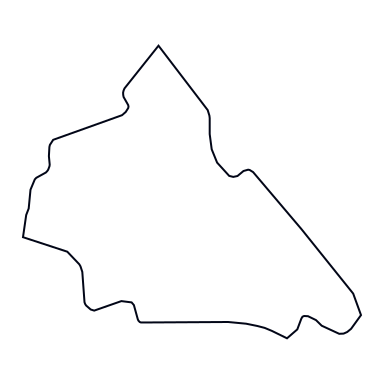 map outline of Brent (orthographic projection)
{"feature_id": "GBR-2062", "entity_name": "Brent", "entity_type": "London Borough", "adm_level": 1, "iso_a3": "GBR", "parent_name": "United Kingdom", "parent_adm1": "", "projection": "orthographic", "projection_center": [-0.26, 51.562], "detail": "fine", "context": "isolated", "style": "outline", "palette": "ink", "viewbox_px": 384, "rotation_deg": 0, "n_neighbors": 0, "source": "natural_earth", "source_scale": "10m", "svg_char_len": 1009}
<svg xmlns="http://www.w3.org/2000/svg" viewBox="0 0 384 384"><path d="M361.0,315.1L351.1,328.8L347.2,332.0L343.6,333.6L339.2,333.8L321.7,325.7L316.0,320.1L308.0,316.2L304.1,316.0L302.5,316.7L301.4,318.5L297.3,329.4L287.0,338.3L271.9,330.9L264.7,327.9L257.4,326.0L246.1,323.7L228.1,322.0L141.0,322.5L139.7,322.0L138.4,320.6L137.8,319.3L133.9,305.1L131.6,302.4L121.4,301.1L94.2,310.6L90.7,309.5L86.1,305.5L85.1,303.9L84.5,302.2L82.3,271.9L80.5,266.4L79.3,264.3L67.3,251.7L23.0,237.2L26.2,215.0L28.7,208.5L30.5,189.7L34.8,179.4L36.3,177.8L45.9,172.5L47.3,171.0L48.2,169.7L49.5,166.2L49.7,164.6L48.9,156.2L49.4,147.0L49.9,144.9L53.2,139.8L122.0,115.2L125.7,112.0L128.2,108.1L128.5,106.6L128.2,105.1L123.6,97.0L123.2,94.9L123.1,92.6L123.6,90.5L124.5,88.4L158.5,45.7L207.7,110.1L209.4,115.6L209.7,118.1L209.7,134.1L211.7,149.3L217.1,162.6L229.2,175.9L233.3,176.9L237.5,176.0L243.5,171.0L248.1,169.7L249.7,170.0L253.1,172.1L301.5,229.2L353.2,293.6L361.0,315.1Z" fill="none" stroke="#020617" stroke-width="2"/></svg>